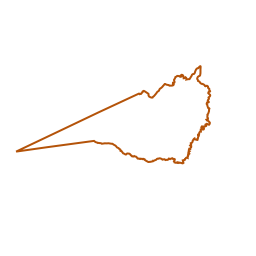 Mathira, Central, Kenya, rotated 224°
{"feature_id": "3690345B12350857551286", "entity_name": "Mathira", "entity_type": "district", "adm_level": 2, "iso_a3": "KEN", "parent_name": "Kenya", "parent_adm1": "Central", "projection": "mercator", "projection_center": [37.111, -0.356], "detail": "fine", "context": "isolated", "style": "outline", "palette": "amber", "viewbox_px": 256, "rotation_deg": 224, "n_neighbors": 0, "source": "geoboundaries", "source_scale": "gbopen_adm2", "svg_char_len": 5870}
<svg xmlns="http://www.w3.org/2000/svg" viewBox="0 0 256 256"><g transform="rotate(224 128 128)"><path d="M64.3,147.9L64.8,148.3L65.1,149.2L65.5,149.3L65.6,149.9L66.0,150.2L66.2,150.7L65.9,151.1L66.1,151.8L66.8,151.4L67.0,151.8L66.6,152.2L67.7,152.5L67.8,153.0L67.5,153.4L67.5,153.8L67.9,153.6L68.3,153.6L69.0,154.5L69.2,155.0L68.7,155.7L69.0,155.8L68.6,156.1L69.1,156.8L69.4,157.5L69.2,158.0L69.5,158.5L69.8,158.7L70.2,158.5L71.2,158.6L71.1,159.2L70.9,159.8L71.5,160.2L71.9,160.4L72.3,160.7L71.8,161.7L71.9,162.2L71.9,162.7L72.2,163.3L72.7,163.9L72.7,164.3L72.9,165.1L73.0,165.6L73.0,166.2L72.9,166.6L72.5,166.3L71.7,166.3L71.3,166.7L71.1,167.1L70.8,167.5L70.4,167.6L70.0,167.4L69.8,167.6L70.1,168.0L70.1,168.4L70.2,168.7L71.0,169.7L71.5,170.9L72.4,171.2L72.7,171.5L73.0,171.8L73.0,172.3L72.7,172.6L72.3,172.6L72.5,172.9L73.5,174.2L73.6,174.7L73.5,175.8L73.1,176.1L73.5,176.5L73.9,176.5L74.7,177.5L74.5,177.9L73.9,178.5L73.4,178.7L72.9,179.0L72.6,179.6L72.7,180.0L73.0,180.4L73.5,180.7L74.1,180.7L74.6,180.6L74.9,180.2L75.0,179.7L75.3,179.3L75.7,179.4L75.9,180.1L75.9,180.6L75.4,180.7L74.9,181.2L74.7,181.6L74.3,181.9L73.8,182.5L73.5,182.9L73.4,183.2L73.2,183.6L73.3,184.1L73.6,184.3L74.3,183.8L74.6,184.1L74.7,184.5L74.4,184.9L74.2,185.8L72.0,186.6L72.0,187.3L72.6,188.5L72.9,188.7L73.3,188.8L74.2,188.7L74.7,188.9L75.3,188.8L76.5,188.3L77.4,188.5L76.7,189.9L77.0,190.3L77.4,190.7L78.3,190.8L79.0,191.5L79.2,191.9L79.4,192.3L80.0,192.5L80.2,192.9L80.2,193.4L80.3,194.0L80.5,194.5L81.5,196.5L82.5,197.5L82.9,198.5L83.4,198.6L83.9,198.3L84.2,198.1L84.7,198.3L86.6,199.3L86.9,199.7L87.8,199.8L88.2,200.0L88.6,200.7L88.8,201.2L88.3,201.5L88.1,202.0L87.9,202.3L87.9,202.8L88.3,203.0L88.9,203.0L89.6,203.1L90.0,204.0L90.0,205.1L90.2,205.4L90.6,205.5L91.0,205.7L91.3,205.9L91.3,206.3L91.1,207.2L91.1,207.6L91.3,208.3L91.7,208.7L92.1,208.9L92.9,208.8L93.9,208.8L94.6,208.9L94.8,209.5L95.0,209.9L94.4,211.0L94.5,211.5L95.2,211.7L95.9,211.7L96.5,212.4L96.9,212.7L97.8,212.5L98.2,212.5L98.5,212.7L99.3,213.4L100.4,213.3L100.7,213.1L100.8,212.7L101.0,212.3L101.3,211.8L101.8,211.7L102.3,212.0L103.7,211.9L104.4,211.6L104.9,211.6L105.7,210.9L107.0,210.6L108.8,211.0L110.4,210.5L111.0,211.0L111.4,211.2L112.4,211.4L113.0,212.4L113.2,213.1L113.2,213.7L113.1,214.4L112.7,215.2L112.7,215.7L112.8,216.1L113.5,217.1L113.9,217.7L115.6,219.5L116.4,220.3L118.2,222.4L118.6,222.7L119.0,222.6L119.2,221.6L119.1,220.9L119.1,219.7L119.6,219.2L119.7,218.2L119.7,217.4L118.9,215.2L118.3,214.2L118.2,213.7L118.1,213.0L118.2,212.5L118.6,212.1L118.8,211.7L118.9,211.2L118.9,210.7L118.5,209.7L117.7,205.9L118.0,205.5L118.5,205.1L118.8,204.7L119.5,203.7L119.7,203.4L120.0,203.9L121.0,204.5L121.9,204.4L121.9,204.0L121.9,203.5L122.2,203.2L122.2,202.7L122.5,202.4L123.5,203.3L124.3,203.8L124.9,204.0L125.6,204.0L126.0,203.8L126.4,203.5L126.6,202.3L126.0,202.4L125.5,202.6L125.3,202.3L125.4,201.9L126.0,201.1L126.9,200.9L127.7,200.5L128.1,200.3L128.8,199.6L128.8,198.7L129.3,197.6L129.0,197.1L128.8,196.6L128.5,195.7L128.5,194.9L128.1,194.5L127.8,194.1L126.9,193.8L126.2,193.0L126.2,192.6L126.7,192.3L127.1,191.8L126.5,191.1L126.3,190.9L125.8,191.1L125.4,191.1L125.2,190.7L125.2,190.2L125.4,189.6L126.4,188.4L127.1,187.8L127.3,187.5L127.6,187.2L128.5,187.2L129.0,186.8L130.6,185.8L131.8,185.5L132.1,185.2L132.1,184.3L132.0,183.4L132.0,182.4L131.9,181.8L131.9,180.8L132.0,179.8L132.3,178.4L132.2,177.6L131.7,176.5L131.7,176.1L131.7,175.7L132.0,174.7L132.0,174.2L131.7,172.4L131.5,169.6L131.5,168.7L131.7,167.8L131.5,167.0L131.9,166.6L132.2,166.2L133.5,165.6L134.0,165.5L134.6,165.3L135.7,165.6L136.1,165.9L136.7,166.6L137.1,166.8L141.5,166.0L142.4,165.7L142.8,164.7L142.5,164.3L142.7,164.0L142.4,163.3L142.4,162.9L142.5,162.5L142.5,162.1L142.3,161.8L142.4,161.4L142.7,161.2L143.0,160.9L143.1,160.5L143.6,160.5L144.0,160.4L144.2,159.9L145.0,157.9L155.2,131.4L160.2,118.4L175.8,76.7L192.1,33.3L173.0,57.8L143.5,95.1L142.6,95.2L141.7,95.3L140.5,95.8L140.1,96.1L139.2,96.3L138.7,97.0L137.8,97.5L137.0,98.2L136.5,98.4L135.9,98.5L134.8,99.9L134.5,100.2L134.0,101.0L133.3,101.5L132.8,102.0L132.4,102.4L131.4,103.5L128.8,105.3L128.5,105.7L127.5,106.0L127.0,106.0L124.8,106.6L123.7,106.6L122.6,106.4L122.0,106.5L121.1,106.9L120.5,107.0L119.5,106.8L118.7,107.2L118.2,107.0L117.9,106.6L117.5,106.3L117.1,106.5L116.8,106.9L116.4,106.9L116.0,106.7L115.2,106.7L114.0,106.4L113.0,106.8L111.4,107.2L111.0,107.6L111.0,108.8L110.8,109.1L110.5,109.5L110.0,109.8L109.7,110.1L109.3,110.4L108.9,110.5L108.2,110.6L107.0,110.3L106.6,110.6L106.3,110.6L105.5,110.4L105.1,110.8L104.6,110.9L104.3,111.2L104.1,112.1L103.5,112.2L103.0,112.5L102.5,112.9L101.3,113.0L100.4,112.8L99.9,112.7L99.5,112.9L99.2,113.4L98.3,113.7L98.1,114.3L97.5,114.4L97.2,115.0L96.5,115.4L95.9,115.7L95.8,116.3L95.3,116.6L94.5,116.6L94.3,117.0L93.9,116.9L93.6,116.7L92.7,116.9L91.5,117.1L91.0,117.4L89.9,117.6L89.3,118.1L89.1,118.5L88.4,119.2L88.2,119.6L87.9,119.9L87.7,120.3L87.0,121.3L87.2,121.8L86.8,122.0L86.7,122.4L86.4,123.0L86.3,123.4L86.1,123.8L85.8,124.3L85.7,124.9L85.7,125.9L85.2,126.8L84.8,127.0L84.6,127.3L84.5,127.8L83.8,128.5L83.3,128.7L82.7,129.0L82.2,129.2L81.7,129.1L81.2,129.2L80.7,130.1L80.0,130.9L79.4,131.0L78.9,130.9L78.6,131.1L78.3,131.8L77.6,132.3L77.2,133.1L77.4,133.9L77.4,134.4L77.0,134.6L76.5,134.6L76.1,134.8L76.0,135.4L75.7,135.7L75.5,136.4L75.0,137.1L74.5,137.1L74.1,137.0L73.9,137.3L73.5,137.5L73.3,137.8L72.7,138.0L72.3,137.7L72.1,137.2L72.0,136.5L71.8,135.9L71.4,135.9L70.8,135.9L70.6,135.6L69.7,136.0L69.3,136.4L69.1,136.9L68.8,137.4L68.4,137.1L68.1,137.3L68.2,137.7L67.9,138.0L67.4,138.1L67.4,138.6L67.0,138.7L66.5,138.9L66.1,139.5L65.6,139.8L65.1,139.9L64.8,140.3L64.4,140.6L64.3,141.0L64.0,140.9L63.9,141.4L64.3,141.6L64.6,142.0L65.2,142.2L65.6,142.6L66.1,142.8L65.6,143.7L65.2,144.2L65.0,144.7L65.5,145.3L65.3,145.8L65.4,146.2L65.5,146.9L65.2,147.5L64.3,147.9Z" fill="none" stroke="#b45309" stroke-width="2"/></g></svg>